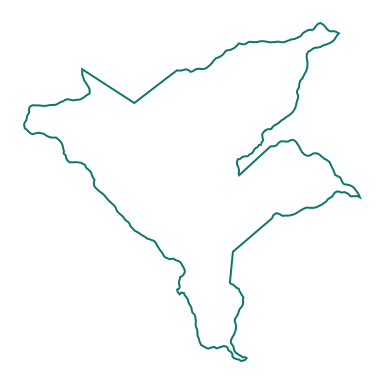 Serra Nova Dourada, Mato Grosso, Brazil (orthographic projection)
{"feature_id": "56859067B93174038170819", "entity_name": "Serra Nova Dourada", "entity_type": "district", "adm_level": 2, "iso_a3": "BRA", "parent_name": "Brazil", "parent_adm1": "Mato Grosso", "projection": "orthographic", "projection_center": [-51.334, -12.07], "detail": "fine", "context": "isolated", "style": "outline", "palette": "teal", "viewbox_px": 384, "rotation_deg": 0, "n_neighbors": 0, "source": "geoboundaries", "source_scale": "gbopen_adm2", "svg_char_len": 5050}
<svg xmlns="http://www.w3.org/2000/svg" viewBox="0 0 384 384"><path d="M24.7,128.2L26.6,129.5L29.3,132.3L31.2,133.7L32.8,134.2L37.2,132.9L39.0,132.8L42.5,133.5L44.1,134.1L46.9,135.9L48.9,136.9L51.9,137.6L53.9,137.6L56.0,137.5L59.0,140.0L60.3,141.5L61.5,142.9L62.5,145.2L63.0,147.5L63.9,151.1L63.7,153.6L65.8,155.6L66.1,158.0L67.3,160.2L69.3,162.2L71.6,162.3L77.2,162.2L81.3,162.8L82.7,163.7L85.2,165.1L86.0,167.6L89.5,170.6L91.1,172.4L91.7,174.6L92.8,177.3L94.5,179.8L93.8,182.8L94.0,184.7L94.4,186.4L97.2,189.4L99.6,191.5L102.2,193.3L104.0,194.9L106.6,198.1L108.6,200.4L114.4,205.8L115.5,207.3L116.7,210.4L117.7,211.9L120.5,214.5L123.2,216.8L124.7,219.4L127.5,221.6L129.1,223.0L130.6,226.3L133.1,229.0L134.6,230.6L137.9,232.4L140.4,234.0L142.2,235.4L144.2,236.3L147.4,238.7L149.3,239.1L151.4,240.0L153.9,240.8L155.5,242.3L156.6,244.3L157.4,245.9L158.6,247.8L159.6,249.5L162.0,252.4L163.8,255.8L165.4,257.5L167.1,258.0L169.1,259.1L171.2,258.9L173.8,258.7L175.7,260.2L178.7,261.1L180.6,262.5L183.7,267.8L184.7,270.1L184.8,272.1L183.5,274.7L182.1,276.1L180.3,276.8L178.9,282.4L179.2,284.6L179.7,287.0L179.1,288.6L177.2,289.5L177.5,291.6L179.5,294.3L181.2,292.6L183.9,293.0L184.9,295.4L186.3,297.1L187.8,299.4L188.4,302.0L189.2,303.9L190.4,305.8L191.5,308.0L191.7,310.1L192.4,312.5L194.3,314.3L195.1,316.0L195.5,318.3L195.9,321.6L195.5,324.7L196.3,327.5L197.2,329.8L197.5,333.7L197.5,335.7L198.7,338.2L199.6,341.7L201.0,344.8L203.5,346.3L206.4,348.0L208.1,348.6L210.4,347.9L213.9,346.8L216.5,348.4L223.9,346.0L226.2,346.6L227.8,348.0L228.3,350.2L230.5,351.6L232.3,353.6L232.4,356.3L233.8,358.1L237.3,359.3L239.2,359.7L241.3,361.0L244.7,360.2L246.6,358.1L244.8,357.1L242.7,357.3L240.7,355.8L238.2,354.4L235.9,352.7L234.6,351.3L233.9,349.2L233.4,346.5L231.4,343.7L230.7,342.0L231.1,339.8L232.4,337.2L234.1,334.4L234.8,332.6L235.8,329.5L236.0,326.3L235.8,324.5L234.7,321.0L235.0,318.9L237.5,315.1L238.7,311.8L239.4,309.5L241.9,306.4L242.9,304.5L243.2,302.6L242.9,300.2L243.4,297.3L241.7,295.0L241.0,293.4L239.6,291.3L238.7,288.7L236.6,287.9L235.2,286.5L233.0,284.6L231.2,284.0L229.9,282.9L232.9,251.8L272.1,218.2L273.1,215.6L274.4,214.2L276.6,213.1L280.0,214.3L282.4,215.8L285.2,215.6L287.6,215.6L289.5,215.5L292.5,214.8L296.0,213.4L299.8,210.9L301.8,209.8L303.5,208.8L305.3,208.0L307.2,207.6L311.0,207.9L313.8,207.8L316.3,207.3L321.6,204.7L326.2,201.5L327.9,199.2L329.6,198.2L332.5,196.2L333.5,194.5L335.1,192.4L336.8,191.5L339.3,191.7L341.5,192.6L344.3,192.1L348.1,193.7L350.5,196.3L354.1,196.2L357.8,196.2L359.9,197.4L358.6,194.3L356.7,191.3L354.4,188.3L352.3,186.4L350.4,185.5L347.3,184.6L344.2,184.3L342.6,182.6L341.4,179.9L340.2,177.5L337.7,176.2L335.1,174.9L333.7,170.8L332.3,167.9L330.5,164.3L329.5,162.0L326.4,159.7L324.2,158.7L322.8,157.4L321.0,156.0L319.3,154.5L317.7,153.6L315.2,153.2L312.7,153.7L311.1,154.9L308.4,155.9L306.3,155.5L304.0,154.1L301.9,151.9L300.9,150.1L299.3,146.9L296.7,142.7L294.8,140.8L292.8,139.8L290.4,140.3L288.4,141.5L286.0,141.6L283.5,141.3L280.8,141.3L278.7,142.7L277.3,144.5L275.9,145.6L274.4,146.2L270.5,146.4L239.2,175.2L238.7,173.6L239.0,171.0L238.8,168.9L238.1,166.8L237.2,164.9L236.9,161.9L237.7,159.4L239.8,159.1L242.1,157.1L244.5,156.3L247.5,156.3L250.0,154.1L252.4,152.9L254.3,149.5L255.7,148.1L257.4,147.2L258.9,145.1L261.0,144.7L261.5,142.8L263.2,140.1L262.5,137.4L262.1,134.7L263.0,132.7L265.6,130.1L267.9,129.2L271.3,129.1L272.4,127.2L274.4,125.4L278.7,123.0L281.1,120.6L284.0,118.9L285.8,117.4L287.2,116.4L289.4,115.2L292.6,112.2L294.4,109.6L295.6,106.9L296.1,105.1L296.4,103.4L297.0,100.9L298.0,98.2L298.2,96.0L297.5,93.9L296.9,92.3L297.2,90.4L299.0,87.5L299.4,83.6L300.1,80.9L301.3,79.5L302.6,78.2L303.7,75.5L305.4,72.6L306.5,70.2L307.3,67.4L307.5,63.2L307.1,60.1L306.6,57.3L306.8,54.5L308.3,51.6L310.5,50.5L312.8,48.8L314.4,47.9L318.7,47.4L320.3,47.0L323.0,45.5L326.1,44.5L329.5,43.2L332.4,41.5L333.8,40.4L337.4,35.0L338.9,33.4L335.8,31.7L333.6,31.2L330.2,31.3L328.5,30.5L326.6,28.6L324.5,25.9L323.0,24.5L320.5,23.0L318.7,23.5L317.2,24.6L315.2,27.1L314.0,28.9L312.4,29.9L308.9,29.9L306.4,31.0L303.2,32.9L300.7,36.1L294.6,39.0L292.8,39.2L291.1,39.5L284.9,41.9L282.1,42.3L278.2,41.6L273.6,42.2L270.5,42.3L263.6,41.2L260.6,41.2L257.3,42.0L255.4,42.1L253.2,42.1L250.3,41.8L248.6,42.0L246.5,43.4L244.8,44.2L242.1,44.3L240.5,43.7L238.7,43.5L236.8,45.8L234.2,48.0L232.8,48.8L231.0,49.6L228.9,50.1L226.9,50.3L225.1,51.6L223.4,54.1L221.5,55.7L219.3,57.0L215.9,58.3L213.8,60.5L212.3,62.6L210.2,64.9L206.0,68.3L204.1,68.9L202.1,69.1L198.9,68.7L196.0,69.2L194.1,70.4L192.5,71.3L190.5,71.8L188.2,69.9L186.0,69.3L182.4,70.3L179.6,70.6L176.9,70.4L166.7,78.1L134.3,103.0L88.1,73.1L82.2,69.2L82.2,74.5L84.3,80.7L87.1,84.7L89.4,88.6L89.7,91.7L89.4,93.8L86.9,95.0L83.3,97.8L80.5,99.3L78.8,99.7L76.5,99.8L73.3,100.4L68.4,99.3L65.6,99.6L63.3,101.2L60.8,102.0L56.8,104.3L54.9,104.9L50.7,105.0L49.1,105.2L45.7,105.9L43.2,105.9L39.0,105.4L34.7,105.4L32.4,105.2L29.8,106.8L29.1,108.6L29.1,112.4L28.3,114.1L27.3,115.6L26.9,117.2L26.4,120.1L24.8,122.3L24.1,124.6L24.7,128.2Z" fill="none" stroke="#0f766e" stroke-width="2"/></svg>